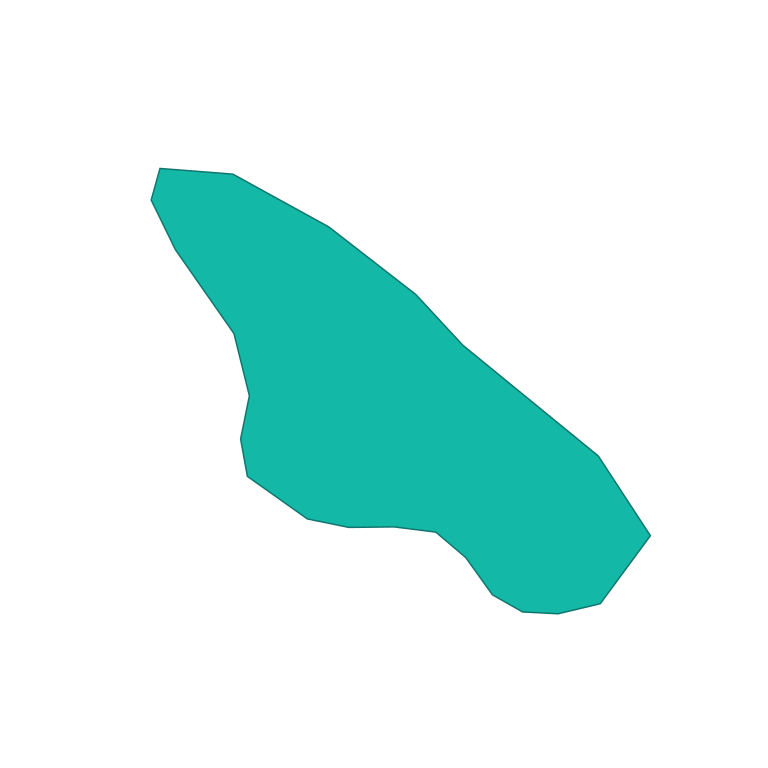 outline of Rota, rotated 62°
{"feature_id": "MNP-4937", "entity_name": "Rota", "entity_type": "state/province", "adm_level": 1, "iso_a3": "MNP", "parent_name": "Northern Mariana Islands", "parent_adm1": "", "projection": "mercator", "projection_center": [145.214, 14.157], "detail": "fine", "context": "isolated", "style": "filled", "palette": "teal", "viewbox_px": 768, "rotation_deg": 62, "n_neighbors": 0, "source": "natural_earth", "source_scale": "10m", "svg_char_len": 445}
<svg xmlns="http://www.w3.org/2000/svg" viewBox="0 0 768 768"><g transform="rotate(62 384 384)"><path d="M386.8,296.2L548.1,228.6L643.0,220.0L679.5,296.2L668.6,338.2L650.3,368.7L621.1,387.2L575.6,393.3L539.1,407.8L514.9,442.2L494.1,482.4L467.2,515.0L401.4,548.0L365.2,536.4L331.2,508.4L269.1,492.8L167.7,505.1L112.3,503.2L88.5,480.6L127.8,418.9L219.4,359.0L319.9,313.9L386.8,296.2Z" fill="#14b8a6" stroke="#0f766e" stroke-width="1.5"/></g></svg>